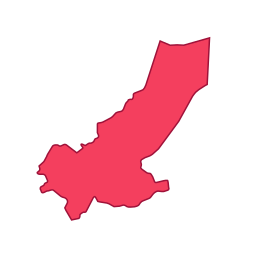 outline of Djelfa, rotated 258°
{"feature_id": "DZA-2212", "entity_name": "Djelfa", "entity_type": "Province", "adm_level": 1, "iso_a3": "DZA", "parent_name": "Algeria", "parent_adm1": "", "projection": "albers", "projection_center": [3.218, 34.323], "detail": "fine", "context": "isolated", "style": "filled", "palette": "rose", "viewbox_px": 256, "rotation_deg": 258, "n_neighbors": 0, "source": "natural_earth", "source_scale": "10m", "svg_char_len": 2963}
<svg xmlns="http://www.w3.org/2000/svg" viewBox="0 0 256 256"><g transform="rotate(258 128 128)"><path d="M199.2,226.5L154.1,214.5L153.5,212.3L150.8,205.2L148.9,201.6L147.4,199.7L145.7,197.8L124.0,179.0L101.3,153.5L97.3,146.5L96.7,145.0L96.2,143.4L95.5,138.5L94.2,134.6L93.6,134.0L92.4,133.4L89.7,133.5L88.9,133.3L88.4,133.1L87.1,132.4L86.5,132.2L85.7,132.4L84.8,133.0L80.6,136.8L79.9,137.6L79.5,138.5L79.0,140.1L78.4,140.7L77.6,141.1L75.0,142.0L70.0,142.8L69.5,143.1L69.1,143.4L68.9,143.9L68.8,144.7L69.0,151.9L68.9,153.9L68.6,155.5L68.4,155.8L68.1,155.9L66.1,155.9L61.7,155.4L60.2,155.4L59.3,154.9L58.9,154.0L58.5,150.3L58.5,149.6L58.8,148.0L60.0,144.4L60.1,143.4L59.9,142.3L59.3,140.6L58.6,139.4L57.7,138.2L55.7,135.9L55.0,134.8L54.7,133.6L53.7,127.8L53.3,126.2L52.7,125.2L52.1,124.3L50.9,123.1L50.2,122.2L49.7,120.4L49.6,118.0L50.1,114.3L50.6,112.1L51.3,110.7L52.9,109.0L53.4,107.9L53.6,107.1L53.3,103.5L54.0,98.0L57.8,93.7L59.0,91.7L61.6,85.0L62.5,83.2L66.5,82.0L67.4,81.6L67.8,81.1L67.6,80.3L67.0,79.5L55.2,69.8L54.8,69.4L54.6,68.9L54.6,68.1L54.9,67.3L54.8,66.3L54.5,65.4L53.8,63.8L53.4,63.2L53.0,62.9L52.0,62.7L51.5,62.5L50.5,62.0L50.1,61.6L49.8,61.0L49.8,53.7L60.3,50.2L63.0,49.6L67.2,53.0L68.0,53.4L68.9,53.6L69.8,53.6L70.8,53.3L71.6,52.9L72.5,52.1L73.1,51.3L74.0,49.6L74.3,49.2L74.9,48.4L75.9,47.5L82.3,42.4L82.9,41.8L83.2,41.2L83.3,40.4L83.3,39.4L83.1,37.5L83.1,36.9L83.2,35.6L83.1,34.9L82.6,33.1L82.4,32.1L82.4,31.1L82.8,30.4L83.3,30.1L83.9,30.0L84.9,29.9L86.5,29.5L87.7,29.8L88.4,30.4L88.7,31.1L89.1,32.7L89.4,33.5L89.8,34.1L90.8,34.8L91.1,35.2L91.3,35.8L91.7,37.6L92.2,38.1L93.1,38.4L98.3,37.4L99.3,36.9L99.9,36.3L100.4,35.4L101.2,31.8L101.7,30.7L102.5,30.0L103.1,29.9L103.5,30.2L104.2,31.6L104.7,32.3L105.3,32.9L106.1,33.2L106.9,33.3L109.3,33.1L112.4,38.4L113.1,39.2L117.0,42.5L117.8,43.0L119.1,44.0L125.6,50.1L126.2,50.8L126.5,51.7L126.6,52.9L126.4,54.0L126.2,55.1L125.8,55.9L125.4,56.4L124.9,56.9L124.5,57.5L124.4,58.2L124.5,59.2L125.1,61.8L125.1,62.7L124.8,63.5L124.3,64.2L114.4,72.7L114.6,73.3L117.1,78.6L117.7,79.6L118.1,79.7L118.7,79.6L120.7,78.7L121.4,78.6L121.8,78.8L121.9,79.4L121.6,80.0L121.2,80.6L120.6,81.3L120.2,81.9L119.9,82.5L119.8,82.8L119.9,83.1L120.2,83.9L120.9,85.6L121.1,86.3L121.2,87.0L120.9,88.4L120.9,89.1L121.1,89.9L121.4,90.8L121.9,91.7L122.8,92.4L123.8,93.2L124.2,93.7L124.3,94.3L124.4,95.2L124.7,96.2L125.3,97.2L126.3,97.6L127.3,97.6L129.1,97.2L129.9,97.1L138.2,98.9L138.7,99.2L139.0,99.7L139.0,100.4L138.9,102.5L138.9,103.6L139.1,104.9L141.5,113.4L142.4,115.3L145.2,119.2L145.5,120.3L145.7,121.5L145.7,122.7L145.7,124.0L145.7,125.0L146.2,126.2L147.4,127.5L152.1,130.6L153.0,131.4L154.5,133.6L155.4,134.2L155.6,135.9L155.5,136.5L155.2,137.6L155.3,138.1L155.7,138.6L156.6,139.3L157.7,139.8L159.6,140.2L160.2,140.6L160.6,141.3L160.8,142.0L161.9,148.8L162.3,150.6L162.7,151.2L163.8,152.5L166.3,154.4L206.4,177.5L200.2,186.4L199.1,193.3L197.4,199.8L199.2,226.5Z" fill="#f43f5e" stroke="#9f1239" stroke-width="1.5"/></g></svg>